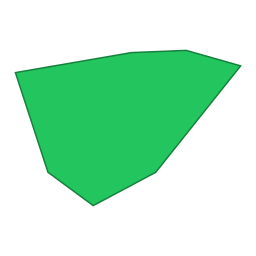 outline of Pukapuka
{"feature_id": "COK-4959", "entity_name": "Pukapuka", "entity_type": "state/province", "adm_level": 1, "iso_a3": "COK", "parent_name": "Cook Islands", "parent_adm1": "", "projection": "orthographic", "projection_center": [-165.817, -10.886], "detail": "fine", "context": "isolated", "style": "filled", "palette": "green", "viewbox_px": 256, "rotation_deg": 0, "n_neighbors": 0, "source": "natural_earth", "source_scale": "10m", "svg_char_len": 219}
<svg xmlns="http://www.w3.org/2000/svg" viewBox="0 0 256 256"><path d="M15.4,72.6L131.3,52.6L186.2,50.4L240.6,65.9L155.7,172.3L93.2,205.6L48.0,172.3L15.4,72.6Z" fill="#22c55e" stroke="#15803d" stroke-width="1.5"/></svg>